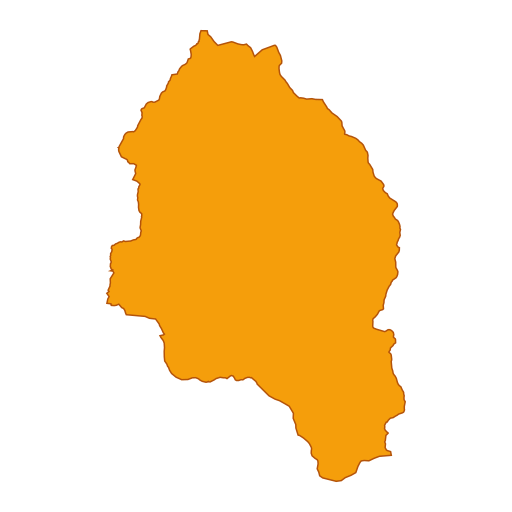 the district of Petrila, Hunedoara, Romania
{"feature_id": "2599482B59841529330805", "entity_name": "Petrila", "entity_type": "district", "adm_level": 2, "iso_a3": "ROU", "parent_name": "Romania", "parent_adm1": "Hunedoara", "projection": "albers", "projection_center": [23.488, 45.463], "detail": "fine", "context": "isolated", "style": "filled", "palette": "amber", "viewbox_px": 512, "rotation_deg": 0, "n_neighbors": 0, "source": "geoboundaries", "source_scale": "gbopen_adm2", "svg_char_len": 6045}
<svg xmlns="http://www.w3.org/2000/svg" viewBox="0 0 512 512"><path d="M391.3,455.3L390.6,451.6L387.4,450.6L386.4,450.0L385.1,447.6L385.5,443.9L384.7,441.9L385.3,440.6L385.9,435.4L388.1,433.2L388.0,432.8L386.7,431.8L385.1,430.0L384.5,428.3L384.8,427.1L384.6,425.2L386.3,422.1L387.2,422.0L388.3,420.2L390.3,418.2L393.2,417.6L395.6,416.0L396.9,415.4L398.6,414.1L402.5,412.8L403.6,412.1L404.1,411.1L404.5,409.8L404.3,409.0L404.3,406.4L405.2,401.7L404.1,399.8L404.0,399.0L404.0,396.9L404.2,395.9L403.7,394.0L403.6,392.3L402.2,389.9L400.8,386.7L399.5,385.8L398.3,384.4L397.4,382.4L396.3,378.3L395.1,376.1L393.7,374.4L393.1,373.1L392.7,370.8L391.8,368.1L391.7,366.9L391.2,361.4L391.6,360.3L391.7,359.2L391.2,355.0L390.6,353.7L389.0,352.4L389.0,351.7L390.1,350.2L390.5,347.9L393.0,345.6L393.8,344.1L395.6,342.8L395.5,339.5L395.3,338.9L393.5,337.3L393.5,336.0L393.8,334.8L393.3,332.4L391.6,330.6L389.9,329.7L388.1,329.7L385.6,331.3L384.6,331.6L376.4,329.2L373.7,328.1L372.9,327.1L372.7,326.2L372.9,321.5L372.7,320.1L373.1,318.7L375.2,316.9L377.4,314.3L379.2,311.0L380.1,310.4L382.7,309.6L383.5,308.8L383.2,305.4L383.9,302.7L384.1,299.8L385.7,296.2L385.9,294.2L387.2,290.0L389.2,286.2L390.6,284.5L391.2,282.3L392.2,281.1L392.5,280.2L396.1,277.7L396.9,276.4L397.6,274.5L397.9,271.8L397.5,270.6L395.8,267.4L395.7,262.1L394.8,258.6L395.7,255.9L398.8,252.0L399.3,250.3L399.4,247.7L398.2,247.2L396.7,245.2L396.6,244.6L397.0,243.4L397.2,242.2L398.1,240.5L398.7,238.6L399.5,237.5L400.2,235.4L399.8,232.4L400.5,229.4L399.9,228.2L400.0,226.3L399.5,224.3L398.5,221.9L397.6,220.5L395.3,219.0L394.4,217.4L393.3,216.1L392.6,214.2L393.0,212.9L394.2,210.5L397.3,206.5L397.4,205.0L397.1,203.4L395.9,201.9L389.7,198.0L388.1,195.9L387.3,193.8L385.3,192.6L383.4,190.6L382.7,188.8L382.8,188.2L383.8,186.5L383.9,185.6L383.6,184.5L381.1,181.1L376.5,178.6L375.4,177.7L374.1,175.9L373.0,172.2L372.7,169.4L369.7,164.4L368.5,163.1L368.1,162.2L367.8,158.2L368.0,155.4L367.4,152.4L367.0,151.7L365.7,150.4L363.3,145.1L361.7,143.3L359.5,141.7L357.8,139.8L355.7,138.3L351.5,136.5L349.0,135.9L346.8,134.7L344.7,134.2L344.6,133.7L344.9,132.1L344.8,131.0L342.1,125.9L341.8,122.2L341.4,121.1L337.2,116.6L332.0,113.0L329.1,109.7L327.4,108.5L326.8,107.1L323.3,101.7L322.4,99.6L315.4,99.4L311.9,98.7L306.6,99.1L303.6,98.2L300.6,97.8L299.2,98.0L296.9,96.1L293.4,92.6L292.5,90.4L289.7,87.5L287.3,83.4L285.9,81.7L285.0,80.1L281.4,76.5L280.0,74.5L279.5,72.4L279.0,68.5L279.1,66.1L279.5,65.3L281.6,63.2L281.8,60.9L280.4,55.4L278.7,52.3L276.8,47.2L275.5,45.4L274.4,45.3L262.2,49.8L254.6,56.5L253.6,54.4L252.5,51.4L250.6,47.7L247.8,45.5L246.5,44.1L243.6,44.8L241.1,44.6L237.9,43.9L232.8,42.0L231.3,41.8L217.8,45.4L214.0,41.5L210.7,36.8L208.0,34.5L207.2,30.8L201.0,30.7L199.9,33.8L199.4,39.5L199.0,40.3L199.1,41.2L198.3,41.9L198.1,43.1L197.4,43.8L196.8,43.8L196.6,44.4L195.5,45.5L193.8,46.2L190.3,48.9L190.2,49.6L190.5,50.3L191.2,54.3L191.1,56.4L190.7,57.9L190.2,58.4L188.3,59.0L187.1,62.5L186.7,63.1L185.3,64.3L182.3,65.7L180.8,67.3L179.5,69.0L178.9,70.7L178.0,71.8L177.3,74.0L171.9,74.8L171.5,76.2L170.5,78.3L170.1,80.2L168.5,81.9L168.4,83.0L166.6,86.1L166.7,86.8L165.7,89.7L164.8,91.0L162.7,91.9L161.4,93.1L159.8,96.4L159.4,98.9L158.8,100.1L154.7,102.2L153.0,102.2L151.9,101.6L151.1,101.6L148.1,102.5L146.3,104.0L144.3,107.8L142.1,108.6L141.5,109.1L141.0,110.2L142.0,112.5L142.0,114.1L141.8,115.1L142.2,116.2L142.0,118.1L140.9,119.6L137.7,125.7L137.5,127.1L135.3,130.6L133.7,131.8L132.6,131.6L128.0,132.0L126.0,133.2L124.9,134.4L124.0,136.0L123.6,137.0L123.5,138.7L119.1,146.6L118.9,147.6L118.4,147.7L118.8,148.1L118.6,150.0L118.9,151.5L121.4,156.8L126.7,159.4L127.4,160.1L127.8,161.8L128.3,162.0L129.8,163.7L133.8,163.7L136.4,165.3L136.1,166.2L136.2,166.5L135.0,169.8L135.0,170.8L135.7,173.6L132.7,179.6L136.8,181.1L139.8,183.7L140.0,184.6L138.7,187.0L138.7,188.1L138.0,189.0L138.2,191.7L137.5,194.5L137.4,196.0L137.8,197.8L137.5,199.9L138.3,201.8L138.6,204.2L138.5,207.4L139.0,210.6L139.9,212.2L141.7,213.7L141.8,215.8L141.5,216.5L141.7,217.2L140.7,221.3L140.6,224.7L140.1,227.3L140.2,228.2L141.3,231.0L140.8,232.1L140.5,235.1L140.1,236.0L139.0,237.3L137.9,237.6L136.7,238.4L136.2,239.3L135.8,239.5L133.4,239.9L130.7,241.0L125.3,241.5L123.6,240.9L121.8,242.0L120.6,241.8L119.1,242.2L117.1,243.4L115.6,243.9L114.0,245.3L112.3,245.5L111.5,246.8L111.3,248.4L111.9,249.0L112.1,249.6L111.7,251.8L110.6,253.6L110.7,255.5L110.2,256.4L110.5,257.8L110.2,259.0L111.2,261.6L111.1,262.7L110.5,263.7L110.3,266.7L110.8,267.6L111.0,268.6L111.5,269.3L113.4,270.2L112.4,270.1L110.7,270.8L112.9,271.1L113.9,272.9L110.2,278.8L110.4,282.9L110.0,285.0L110.0,286.1L108.1,290.2L109.0,291.5L106.8,293.3L109.1,296.6L107.8,299.0L106.9,303.3L110.9,303.8L111.0,304.8L111.4,304.8L111.5,305.4L114.2,305.6L116.2,305.3L118.8,304.2L121.7,307.6L123.6,308.5L124.8,310.4L125.6,313.1L126.3,314.7L145.1,316.4L149.5,318.3L155.6,319.0L159.2,324.0L159.6,325.6L161.5,328.7L163.3,332.7L164.4,334.1L163.5,334.9L160.0,335.7L161.0,337.6L163.2,340.5L164.2,343.0L164.5,347.7L164.2,351.3L164.3,356.7L164.7,361.0L166.9,364.2L167.6,366.3L168.5,367.3L169.6,370.3L171.6,373.5L176.1,377.2L181.7,379.7L187.9,379.5L192.4,377.8L195.8,377.7L198.5,378.8L199.7,379.9L202.2,381.3L205.8,382.2L207.0,382.1L208.1,381.5L208.2,381.8L210.2,381.9L214.3,379.8L216.0,378.6L220.1,377.3L223.5,377.8L225.5,377.8L227.0,378.6L230.4,375.9L231.5,375.5L233.2,376.1L234.4,377.9L235.3,379.8L236.5,380.5L238.7,380.5L241.0,379.7L242.7,379.8L243.5,379.5L244.6,378.5L247.4,377.4L249.3,377.3L250.8,377.8L251.4,377.6L255.9,381.4L257.0,383.3L257.1,384.0L269.0,395.8L275.0,399.1L279.6,400.7L289.2,406.2L293.4,413.2L293.2,418.3L295.8,424.6L295.9,428.0L298.1,435.1L299.7,435.5L303.5,438.0L307.7,441.6L309.4,443.6L311.3,447.3L311.6,448.8L311.3,450.8L311.2,453.2L312.1,455.8L315.1,458.4L317.2,459.7L317.9,461.0L318.1,463.9L317.2,468.8L318.8,472.2L319.7,475.8L322.7,477.9L336.2,481.3L341.3,480.6L345.3,477.6L351.0,475.3L355.8,472.6L357.9,466.5L360.0,462.4L361.3,460.9L364.2,460.5L368.9,460.8L374.1,458.3L379.4,456.3L391.3,455.3Z" fill="#f59e0b" stroke="#b45309" stroke-width="1.5"/></svg>